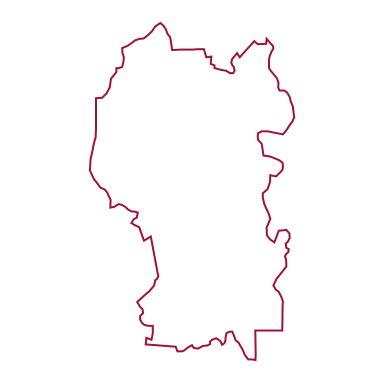 Kuala Lumpur, Kuala Lumpur, Malaysia (Robinson projection)
{"feature_id": "92858781B79427410842699", "entity_name": "Kuala Lumpur", "entity_type": "district", "adm_level": 2, "iso_a3": "MYS", "parent_name": "Malaysia", "parent_adm1": "Kuala Lumpur", "projection": "robinson", "projection_center": [101.697, 3.14], "detail": "fine", "context": "isolated", "style": "outline", "palette": "rose", "viewbox_px": 384, "rotation_deg": 0, "n_neighbors": 0, "source": "geoboundaries", "source_scale": "gbopen_adm2", "svg_char_len": 2731}
<svg xmlns="http://www.w3.org/2000/svg" viewBox="0 0 384 384"><path d="M255.4,361.0L255.7,354.8L255.3,330.5L282.3,330.5L282.6,305.9L282.9,301.6L281.6,297.4L280.2,294.7L278.9,292.0L275.8,289.7L273.4,285.4L276.5,278.9L286.3,266.6L286.3,263.1L286.0,259.2L285.0,256.5L285.7,254.6L288.4,251.9L288.7,249.2L286.3,247.7L285.7,243.8L288.0,241.5L289.7,237.7L289.4,233.4L286.3,229.9L283.3,230.3L278.8,230.7L274.4,242.3L270.3,239.6L266.9,235.3L266.6,227.6L267.3,226.1L270.3,218.8L268.6,213.4L266.2,208.4L264.2,203.7L262.8,197.6L262.8,193.3L267.6,189.1L270.0,182.2L270.3,175.2L276.1,176.4L278.8,173.7L282.3,170.2L282.9,166.8L282.6,162.9L282.3,162.6L279.2,160.2L273.7,157.9L269.7,156.4L263.5,155.6L261.8,144.0L258.1,139.8L257.7,136.3L258.1,133.2L261.8,131.3L267.6,131.3L271.7,132.1L282.9,134.4L287.0,129.4L289.4,125.5L292.5,121.3L294.2,117.4L293.8,114.4L292.8,106.3L290.8,101.6L289.7,97.0L287.0,92.4L284.3,90.5L279.5,90.5L278.2,87.4L278.5,82.8L276.8,78.1L273.7,74.3L271.0,71.2L269.0,68.1L269.0,65.0L269.0,59.6L269.7,56.2L271.4,51.9L273.4,48.5L273.1,46.2L271.0,43.8L266.6,38.8L266.2,43.8L257.7,44.2L254.3,41.1L239.7,57.3L237.0,53.1L234.9,55.8L232.2,58.9L231.2,62.7L232.5,65.4L233.9,67.3L234.6,70.8L233.2,73.1L229.8,73.1L226.4,70.8L221.6,70.0L214.5,68.1L214.5,65.4L210.7,63.9L211.4,56.6L206.3,57.3L203.9,49.2L198.1,49.2L192.7,49.6L187.9,49.6L181.1,49.6L172.2,50.0L170.2,37.3L167.5,33.8L165.8,29.2L163.4,25.7L160.3,23.0L155.2,26.5L151.8,31.5L148.1,35.0L143.6,38.5L139.6,38.8L135.1,40.4L131.0,43.5L127.6,45.8L122.2,48.1L122.5,53.5L123.9,57.3L123.5,61.2L122.2,67.0L118.8,68.1L116.4,68.1L116.4,72.0L110.9,78.9L109.9,87.0L106.5,93.5L102.1,97.8L96.0,98.2L96.0,117.0L96.0,128.6L95.6,137.5L94.6,140.9L93.6,144.8L92.6,150.2L91.5,155.2L90.5,159.4L90.2,166.0L89.8,170.2L91.9,174.8L93.9,179.1L97.3,183.3L100.4,187.6L104.8,189.5L107.2,192.6L110.6,199.9L110.3,207.6L114.3,206.8L117.1,204.9L118.8,204.1L121.8,204.9L125.2,206.8L128.0,209.5L131.7,211.5L134.4,211.5L137.8,212.6L136.8,217.6L133.8,219.2L131.4,223.0L135.1,225.3L139.2,227.2L144.0,240.7L150.8,236.5L158.3,276.6L156.9,278.9L155.2,280.4L154.2,285.4L149.4,291.2L144.7,295.1L137.2,302.0L140.2,307.0L142.6,309.3L143.0,313.2L140.2,315.9L140.2,319.7L141.9,322.8L144.0,324.7L146.7,325.5L149.4,325.9L152.8,325.9L152.8,329.4L152.8,333.2L151.5,339.8L146.4,337.8L145.7,344.4L175.7,346.7L177.4,351.3L182.5,351.3L184.5,350.2L187.9,347.5L192.0,345.2L193.7,347.9L198.1,348.6L202.9,345.9L207.3,345.5L210.1,344.0L210.1,341.3L212.1,339.8L216.2,338.2L220.6,341.3L222.0,344.8L224.4,343.2L225.4,340.5L225.7,336.7L226.4,333.2L229.5,331.7L232.2,331.7L233.9,335.5L235.6,340.2L238.7,342.8L240.4,345.9L242.7,349.8L244.8,354.8L248.2,359.4L251.6,359.4L255.4,359.8L255.4,361.0Z" fill="none" stroke="#9f1239" stroke-width="2"/></svg>